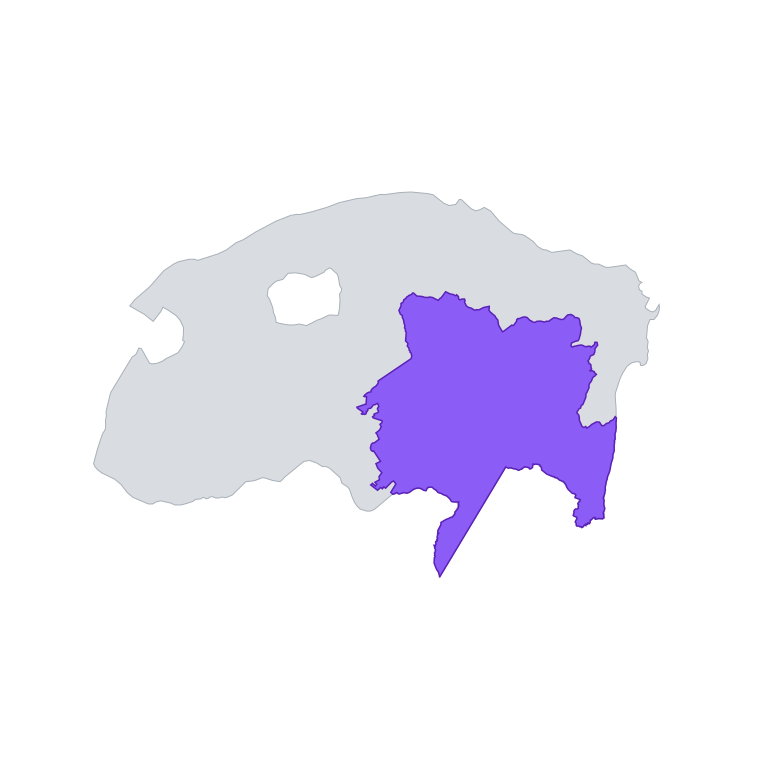 location of Northern Cape within South Africa, rotated 211°
{"feature_id": "ZAF-1188", "entity_name": "Northern Cape", "entity_type": "Province", "adm_level": 1, "iso_a3": "ZAF", "parent_name": "South Africa", "parent_adm1": "", "projection": "mercator", "projection_center": [20.625, -28.845], "detail": "fine", "context": "in_parent", "style": "filled", "palette": "violet", "viewbox_px": 768, "rotation_deg": 211, "n_neighbors": 0, "source": "natural_earth", "source_scale": "10m", "svg_char_len": 9822}
<svg xmlns="http://www.w3.org/2000/svg" viewBox="0 0 768 768"><g transform="rotate(211 384 384)"><path d="M524.2,159.8L540.9,157.5L548.4,158.8L557.5,162.4L565.9,163.7L580.3,162.4L585.2,163.0L589.1,164.2L591.9,166.2L596.1,180.6L599.6,196.1L599.5,201.1L600.0,203.0L604.1,209.6L605.6,213.7L608.0,217.1L613.3,233.7L613.9,236.6L613.8,277.2L611.8,282.2L612.7,288.6L610.3,289.4L595.9,281.2L593.4,281.6L589.4,284.6L585.7,289.4L583.9,293.5L576.7,304.6L576.2,311.6L576.8,317.6L579.2,317.9L581.0,322.2L584.9,329.1L591.5,333.6L597.6,335.6L606.2,336.1L613.0,336.0L612.6,331.3L614.1,318.8L625.4,320.3L642.1,319.9L641.0,328.0L634.9,346.6L631.1,367.7L626.1,378.4L623.3,382.8L615.2,390.6L610.9,393.2L607.3,394.1L593.4,409.9L588.2,417.6L583.6,428.8L579.1,435.0L572.3,448.2L560.6,467.8L550.6,480.7L546.2,484.4L543.2,486.1L535.3,493.7L524.1,505.8L515.6,516.6L502.8,528.9L495.4,534.3L484.3,545.0L481.2,546.5L468.7,556.5L459.7,562.5L445.1,569.5L439.4,571.5L425.5,569.7L419.8,570.7L415.0,574.9L414.5,581.0L412.5,581.9L399.8,579.1L394.6,579.6L391.5,582.9L389.0,587.0L381.8,587.2L368.8,582.9L353.6,580.3L350.0,580.0L342.7,583.2L340.1,583.7L329.3,583.0L323.3,581.0L317.6,581.0L313.3,582.6L308.0,583.2L293.6,594.7L286.2,594.8L279.8,596.1L268.5,594.5L265.1,595.3L261.8,597.3L254.1,598.2L251.1,599.9L238.1,610.5L232.7,609.4L226.0,609.3L218.3,603.6L215.4,604.0L216.2,602.3L216.4,599.3L213.7,596.3L210.7,596.4L209.1,593.9L204.5,593.6L200.7,594.4L200.0,584.7L198.2,583.7L193.6,583.5L191.4,583.9L190.3,584.7L189.1,587.0L189.1,593.8L187.5,591.8L185.7,587.7L185.1,583.4L185.8,578.3L189.2,576.3L188.2,569.9L182.8,558.8L179.5,556.4L177.0,550.7L174.4,548.6L173.3,544.7L170.8,541.5L169.9,536.5L171.3,533.6L173.5,532.0L175.8,534.5L178.5,533.6L182.5,529.9L184.8,524.4L185.0,515.7L184.4,510.2L181.2,496.2L179.8,493.0L172.7,482.9L164.5,469.6L154.1,448.6L149.2,436.0L141.6,410.8L135.0,396.7L126.9,383.5L125.9,382.6L127.1,381.0L131.5,378.0L133.5,377.2L134.5,377.5L135.5,376.7L136.5,374.7L137.3,370.0L139.3,365.1L141.1,363.1L145.0,361.7L147.9,363.5L149.1,365.3L149.6,367.7L150.9,368.8L153.0,368.7L154.5,370.2L155.3,373.2L155.2,375.3L154.0,376.7L154.1,378.5L155.7,380.7L157.3,385.5L165.2,388.0L169.6,388.3L173.9,389.6L177.8,391.7L184.4,392.2L193.5,391.1L201.0,391.6L206.8,393.7L211.1,394.1L213.7,392.8L214.9,390.9L214.5,388.4L215.8,386.8L218.8,386.1L221.2,384.2L223.0,381.1L227.1,378.6L233.6,376.6L236.8,376.7L236.8,247.6L248.3,256.3L251.0,260.4L256.6,272.4L262.3,287.1L263.3,294.3L263.0,295.9L257.1,305.6L256.9,310.4L257.6,316.1L258.9,318.9L260.7,319.9L264.8,318.4L271.1,320.0L283.1,319.3L289.1,320.0L290.7,319.6L292.0,318.4L293.6,315.0L295.0,313.9L300.6,312.4L303.1,310.4L307.1,303.7L319.0,294.7L320.4,292.6L327.8,271.2L330.1,268.1L333.5,266.1L340.0,264.5L343.9,265.4L348.0,267.2L352.7,270.4L359.7,276.2L362.1,277.0L369.1,277.3L373.4,281.1L386.6,283.7L390.4,283.6L394.4,281.5L401.2,281.6L408.4,280.1L412.8,276.4L421.2,253.1L422.2,248.0L423.1,246.6L430.0,243.9L438.3,241.9L440.1,240.9L445.3,234.4L452.1,229.1L456.9,210.6L460.0,206.3L461.9,204.5L463.1,204.4L464.8,203.3L467.1,201.0L469.8,199.6L472.9,199.1L475.0,197.6L475.9,195.2L477.5,194.0L479.8,194.0L481.1,193.3L481.4,191.6L486.5,187.7L486.6,186.1L489.6,182.2L495.3,176.1L500.7,172.7L505.7,172.0L515.1,168.9L518.4,165.9L520.5,162.0L524.2,159.8ZM508.6,437.1L517.0,433.8L523.2,429.5L524.6,421.6L529.3,416.7L531.0,412.2L532.4,406.0L529.6,399.6L525.7,397.7L518.6,392.1L515.6,388.3L511.3,385.1L508.3,381.3L503.5,382.6L496.0,385.6L491.3,388.4L487.4,391.8L480.4,394.2L473.8,404.8L471.7,407.2L466.5,415.0L459.1,418.9L458.9,420.3L461.4,426.6L464.8,433.0L468.4,438.2L468.3,441.4L469.5,443.9L472.7,445.6L478.2,452.1L480.9,454.2L489.3,455.8L490.5,455.4L492.7,451.5L493.0,448.8L498.6,440.3L501.0,437.8L508.6,437.1Z" fill="#d9dde1" stroke="#a8b0b8" stroke-width="1"/><path d="M145.6,361.5L146.3,361.7L147.5,363.6L148.9,364.1L149.2,364.7L149.2,368.0L149.9,368.9L150.9,369.0L152.9,368.6L154.1,368.7L154.9,371.5L155.8,372.9L155.8,374.7L155.5,375.5L153.9,376.4L153.4,377.4L154.5,379.1L154.9,380.5L156.1,381.0L156.4,381.8L155.8,384.6L155.9,385.7L157.1,385.9L161.5,384.9L162.0,385.2L162.3,387.6L163.0,387.9L164.4,388.1L165.6,387.4L166.7,387.3L171.9,388.5L174.1,389.6L176.0,391.2L179.9,392.8L184.3,392.0L187.1,392.7L189.4,391.8L190.2,392.3L192.0,391.5L198.0,390.6L204.6,391.5L206.2,393.7L207.9,394.0L208.6,394.9L209.8,394.8L212.9,393.4L213.7,392.4L215.1,392.1L213.7,388.9L214.4,387.1L215.1,386.3L215.6,386.2L216.7,386.9L220.3,385.8L221.2,384.8L222.1,381.9L222.8,381.4L223.9,379.5L224.5,379.2L227.6,379.0L229.5,378.0L232.0,377.6L234.2,375.8L236.9,375.6L236.9,246.7L237.0,247.3L238.4,248.9L240.8,251.1L242.4,251.6L244.8,253.1L248.9,256.4L251.4,261.1L251.1,262.2L251.4,262.7L252.6,263.3L252.7,264.4L253.7,265.1L253.5,266.1L254.5,268.6L255.9,269.3L256.2,270.3L256.7,270.3L256.5,271.3L257.6,271.2L258.1,271.5L257.1,272.1L256.9,272.7L256.9,273.6L258.3,274.9L258.5,275.8L257.5,276.8L257.6,277.2L258.5,277.6L258.3,279.1L259.6,280.1L259.9,280.8L260.6,283.1L260.3,284.1L261.2,283.8L262.4,286.4L262.7,292.6L263.9,294.7L261.1,299.8L259.3,302.1L258.3,303.8L257.0,305.1L256.4,307.4L256.4,309.3L257.3,310.9L256.6,314.1L256.7,316.5L257.5,318.7L258.6,319.9L259.1,321.4L264.2,318.4L265.9,318.1L268.5,319.5L272.7,320.4L276.4,319.6L278.2,319.7L280.8,319.0L282.2,318.9L284.5,319.8L287.2,319.8L289.7,320.4L292.8,318.3L293.3,317.0L293.0,314.2L293.4,313.9L295.2,313.4L298.2,313.4L300.2,312.9L302.1,311.7L303.6,310.1L304.8,308.3L306.4,304.2L308.0,302.2L311.0,301.2L314.4,297.4L315.4,297.3L316.8,297.6L317.4,297.3L318.5,295.2L319.7,294.0L322.4,294.6L322.3,304.4L325.8,305.8L327.0,304.0L329.0,295.5L331.2,295.7L331.4,293.4L333.5,293.6L334.8,289.6L343.4,290.6L342.7,292.9L338.8,292.2L338.6,294.3L341.2,295.1L338.6,299.5L340.6,302.1L340.2,306.9L346.0,308.6L349.9,311.6L347.2,315.9L358.2,321.2L359.0,320.4L360.8,320.5L362.7,322.1L363.8,325.8L363.4,327.5L361.9,328.7L359.7,334.3L362.8,336.2L363.5,337.1L365.7,337.9L364.2,342.0L364.1,343.2L364.4,345.9L366.7,347.4L365.9,349.8L366.6,351.5L375.9,349.4L376.9,350.0L376.0,352.1L377.0,352.9L376.1,354.5L375.1,355.5L374.4,357.0L375.0,358.1L376.2,358.6L377.1,359.8L376.8,361.9L379.4,364.1L380.2,363.3L380.7,362.0L382.3,360.6L382.5,359.5L382.6,357.2L383.4,355.8L384.4,355.2L384.8,354.4L384.8,353.5L384.3,353.1L384.4,351.7L385.0,351.0L384.3,350.3L384.1,349.2L384.9,347.9L386.4,347.6L387.0,346.8L388.0,346.8L387.6,348.8L387.8,349.2L394.2,349.5L395.3,350.2L389.5,357.2L389.0,357.4L392.3,364.0L392.9,364.1L394.0,363.2L394.9,363.0L394.8,364.7L393.9,367.3L392.9,369.0L391.3,370.3L391.2,370.8L391.8,371.9L391.8,373.0L391.1,375.6L390.2,377.2L389.6,379.1L389.5,381.4L389.7,382.4L390.6,383.4L390.5,383.8L373.8,419.7L374.5,422.0L376.5,424.4L378.0,424.6L378.4,425.6L379.7,425.8L381.1,427.6L383.7,428.6L384.1,430.6L384.8,431.3L387.7,432.0L391.5,439.7L392.7,440.2L393.9,442.0L395.4,442.7L395.8,444.4L398.6,446.9L400.3,449.0L402.6,450.5L403.6,452.2L405.8,452.2L409.1,454.7L409.6,459.9L410.9,461.6L410.7,462.4L409.9,463.4L409.8,464.1L410.4,466.5L409.3,468.7L409.5,469.9L408.6,471.5L408.5,472.4L406.6,474.8L406.4,476.6L405.5,477.2L401.2,476.3L396.5,478.6L393.5,479.3L390.4,481.2L389.7,482.1L387.1,483.1L380.6,483.6L380.1,486.2L379.5,487.1L379.2,489.2L378.7,494.8L373.6,495.3L370.6,496.4L368.8,496.4L367.9,496.7L367.7,497.9L365.2,497.3L363.8,495.3L362.9,495.2L361.9,495.6L361.0,496.9L358.8,498.3L357.3,497.1L357.4,496.3L357.1,495.6L353.6,493.4L351.4,493.1L348.1,494.0L344.2,493.9L342.9,495.4L340.8,496.5L338.0,500.9L333.8,504.8L332.8,503.2L332.5,501.5L329.9,500.4L324.0,499.5L322.1,498.4L319.3,497.4L316.4,493.8L315.2,492.9L309.4,489.8L308.5,491.1L304.8,500.3L303.5,500.5L303.0,501.7L302.7,505.8L303.4,507.8L302.8,509.2L302.0,509.4L299.3,513.0L297.5,514.2L295.6,514.7L291.3,513.6L290.1,514.0L288.8,513.7L287.8,513.9L286.2,514.7L285.3,516.4L282.1,518.6L278.4,519.7L276.8,521.7L274.9,522.7L274.3,524.7L272.5,528.3L270.1,529.4L266.9,530.0L264.6,530.9L263.3,532.3L262.7,535.8L262.1,537.8L259.6,539.9L256.5,540.0L254.6,539.3L252.8,540.2L250.7,540.6L248.6,538.9L246.2,535.7L244.0,534.1L243.3,533.1L242.8,531.2L241.3,527.9L239.9,522.7L240.0,521.0L241.8,519.3L244.1,516.2L244.1,514.7L243.3,513.0L242.7,512.6L241.8,512.7L239.9,514.8L239.0,515.3L238.0,516.6L235.1,519.0L233.3,519.5L231.2,519.5L229.0,520.8L228.1,521.9L226.5,522.5L225.8,522.1L225.2,522.7L224.2,525.4L224.0,526.6L224.8,528.2L224.6,528.5L222.8,529.4L220.9,527.4L221.3,523.0L219.8,520.0L219.4,517.2L221.5,514.3L220.9,511.5L221.0,508.7L220.0,508.5L218.9,507.2L217.7,507.4L216.3,506.8L215.2,504.9L213.8,503.9L214.4,501.6L214.2,501.4L211.8,502.8L211.2,502.5L210.3,502.9L209.0,502.0L206.9,501.7L207.4,499.3L208.1,498.1L208.3,496.4L207.7,493.2L208.1,490.1L207.4,487.8L206.6,487.0L206.3,486.2L205.7,481.2L205.9,479.5L204.8,478.0L204.1,476.1L203.0,469.2L203.8,466.7L203.1,464.6L204.1,463.2L204.1,458.8L201.1,457.7L199.7,456.3L197.7,453.4L192.2,449.5L190.5,449.7L189.7,450.5L189.2,451.5L187.5,450.6L186.0,453.4L185.2,456.2L182.4,460.9L179.6,462.3L176.5,460.7L175.4,460.6L173.8,462.1L173.1,464.7L171.2,466.5L170.8,469.1L169.2,471.2L169.0,475.1L167.3,474.6L164.8,469.6L162.6,466.4L160.9,462.9L160.1,459.8L157.4,455.7L157.5,454.3L156.7,453.4L154.7,449.3L152.1,445.0L151.4,441.3L149.7,438.4L148.4,432.9L145.9,426.4L145.0,422.6L145.0,420.7L144.2,418.2L143.8,417.9L143.5,415.7L141.1,409.2L139.6,407.1L138.9,404.9L138.3,403.9L138.3,403.1L137.7,401.4L137.7,400.0L137.2,399.1L135.2,397.4L134.2,395.0L132.8,393.0L130.7,391.2L130.0,389.2L129.9,387.2L129.5,386.0L128.6,385.7L127.9,384.2L126.6,382.7L127.1,381.9L127.1,381.0L130.6,379.4L133.0,377.0L133.6,377.0L133.9,378.2L134.4,378.3L135.1,377.7L136.0,376.4L136.3,374.2L137.1,373.6L135.9,371.4L136.0,370.0L136.5,369.8L137.4,370.2L137.7,370.0L137.8,369.6L137.3,368.5L137.6,368.1L138.7,367.9L138.1,366.6L139.4,366.7L139.6,366.4L139.9,363.5L140.7,362.7L141.6,363.2L142.8,362.4L143.6,362.7L145.6,361.5Z" fill="#8b5cf6" stroke="#5b21b6" stroke-width="1.5"/></g></svg>